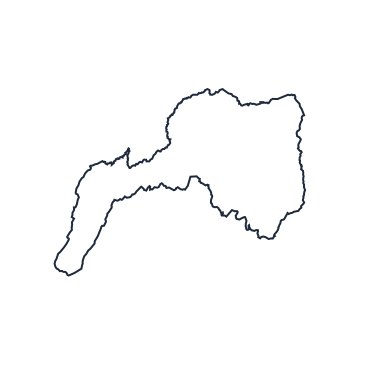 the district of Ban Tak, Tak, Thailand, rotated 211°
{"feature_id": "78962969B53904723449117", "entity_name": "Ban Tak", "entity_type": "district", "adm_level": 2, "iso_a3": "THA", "parent_name": "Thailand", "parent_adm1": "Tak", "projection": "equal_earth", "projection_center": [99.137, 17.16], "detail": "fine", "context": "isolated", "style": "outline", "palette": "slate", "viewbox_px": 384, "rotation_deg": 211, "n_neighbors": 0, "source": "geoboundaries", "source_scale": "gbopen_adm2", "svg_char_len": 6086}
<svg xmlns="http://www.w3.org/2000/svg" viewBox="0 0 384 384"><g transform="rotate(211 192 192)"><path d="M291.3,131.4L290.6,130.8L288.8,131.0L286.2,129.1L285.9,126.5L284.3,121.9L284.0,118.8L285.3,118.0L283.8,115.8L283.7,112.4L282.7,111.0L282.2,108.6L279.4,108.4L279.3,104.1L278.1,102.6L276.7,99.4L275.4,97.5L275.9,94.5L275.9,89.3L275.5,88.8L273.6,88.6L273.1,87.6L272.9,83.3L273.2,78.6L274.1,72.8L274.9,70.1L273.7,64.7L273.7,62.5L272.9,59.8L270.7,57.7L268.8,56.7L266.6,56.8L264.5,56.1L262.8,57.3L261.2,57.3L259.3,58.3L257.6,57.9L255.9,56.7L254.7,56.9L251.2,61.8L247.3,69.2L248.5,72.7L248.8,74.3L249.6,75.4L250.4,77.3L251.3,81.4L250.7,84.4L250.8,88.4L249.9,91.0L249.0,97.6L250.0,99.8L250.0,105.5L251.4,114.4L251.8,115.5L251.6,116.7L250.1,117.7L250.4,121.9L250.7,122.7L251.9,123.5L252.3,124.2L252.5,127.8L253.4,130.0L253.0,132.1L252.8,137.0L253.1,137.9L254.0,138.8L254.6,141.4L254.7,142.7L254.2,144.4L254.5,145.3L251.6,146.1L250.9,146.7L250.0,148.9L248.2,149.1L247.8,149.9L247.2,153.6L245.0,153.5L242.5,155.6L242.1,156.5L241.9,159.2L240.9,159.7L240.0,161.4L239.9,163.8L238.3,170.4L235.1,169.9L234.2,169.1L231.9,169.7L232.1,172.8L231.5,175.2L230.7,175.1L229.1,172.4L228.4,173.4L227.3,173.8L226.6,176.8L224.1,177.8L223.1,179.0L223.2,182.6L222.4,183.9L220.6,183.5L219.4,182.8L217.7,183.6L216.0,182.3L214.0,184.0L208.5,184.2L207.8,185.0L207.3,186.4L207.6,186.9L206.6,188.8L203.2,188.5L201.5,189.0L200.3,190.3L199.2,190.4L198.8,195.1L201.2,204.3L196.1,207.8L193.3,207.1L192.1,207.3L191.3,204.9L190.4,205.3L189.3,204.4L187.1,204.8L183.9,204.6L182.4,206.3L181.4,206.4L181.2,205.4L180.0,204.6L179.9,203.9L176.5,202.3L175.1,201.1L174.2,199.6L173.1,199.4L172.3,198.5L171.6,195.0L170.2,192.4L169.1,192.3L166.8,190.3L164.8,190.6L163.0,192.0L160.9,191.8L159.6,190.8L158.6,190.8L155.9,188.8L155.1,190.3L154.4,189.5L154.9,187.6L154.4,187.2L151.8,188.7L149.9,188.6L148.4,197.1L145.5,197.5L143.5,198.8L142.6,198.5L142.3,197.9L142.3,194.1L140.4,192.1L139.5,192.0L137.1,192.9L135.9,195.2L134.1,197.6L133.5,197.8L130.4,195.3L129.5,192.4L128.3,190.3L126.3,188.2L125.2,187.9L124.2,188.9L124.5,189.9L126.2,192.3L126.0,192.9L124.6,191.3L122.9,190.2L120.8,190.0L118.5,190.8L117.5,192.3L115.9,193.2L115.3,192.7L114.6,190.2L112.4,188.6L111.9,187.4L109.7,187.4L109.5,189.0L107.9,190.6L105.6,191.2L102.1,191.2L100.3,192.9L98.8,193.7L98.8,195.9L98.3,196.9L99.3,197.1L99.5,197.9L98.9,201.7L98.9,203.7L99.1,205.2L99.8,206.2L99.7,207.2L100.2,209.3L100.0,210.2L101.0,213.0L100.7,214.2L99.3,215.5L99.0,216.3L99.2,223.2L97.9,222.9L96.4,224.9L95.4,225.7L94.6,227.4L91.1,230.6L91.0,232.6L90.2,234.9L90.9,235.6L91.2,236.4L90.5,239.1L90.4,240.7L92.8,242.1L93.7,244.9L94.4,245.7L94.3,246.6L95.8,250.0L96.0,251.8L98.6,253.9L99.7,256.0L101.3,257.0L101.8,258.5L102.9,259.5L104.0,261.6L104.4,263.0L105.8,264.2L106.4,265.6L107.8,267.3L110.3,267.7L110.4,268.8L111.0,269.6L111.0,270.3L111.8,270.6L111.7,271.1L112.2,271.5L112.9,271.4L114.8,272.7L115.6,274.6L116.2,274.7L117.5,277.1L117.5,278.9L118.7,280.1L118.5,282.6L119.4,283.2L120.7,282.8L123.7,283.9L123.6,285.3L124.8,286.5L125.3,287.7L125.6,292.2L126.0,293.3L128.2,294.2L130.6,294.0L132.7,296.4L133.0,298.6L132.2,299.8L132.0,301.7L133.7,303.9L134.5,306.7L134.8,310.6L136.1,311.8L136.5,313.3L136.4,314.3L135.4,315.5L140.6,319.5L143.6,321.0L145.3,323.0L149.9,324.3L152.0,325.3L152.4,326.8L153.9,327.9L154.5,327.8L155.5,326.8L156.8,326.8L157.9,325.4L159.8,324.8L166.6,315.7L170.8,313.4L171.8,311.6L172.0,308.0L172.5,307.2L173.5,307.4L175.1,306.1L176.9,305.8L176.9,305.1L177.3,304.8L178.1,304.6L178.5,305.0L179.0,304.4L179.5,304.4L179.7,304.2L178.8,303.5L179.0,302.8L181.8,299.9L183.5,299.7L184.8,299.3L185.6,298.5L187.7,298.1L188.3,297.1L188.2,295.4L188.9,295.3L189.4,296.2L189.8,296.2L192.1,293.8L193.4,291.9L194.4,291.6L196.2,292.5L197.1,291.9L198.2,293.8L198.7,294.1L200.1,293.7L201.8,295.9L204.1,295.9L206.4,295.3L208.5,296.3L211.5,295.3L218.9,295.9L220.8,293.6L220.7,292.7L221.1,290.6L223.1,290.1L223.0,289.0L223.5,287.4L224.9,285.6L226.5,284.9L227.1,285.6L228.0,285.7L228.9,287.7L229.7,288.4L231.9,288.1L233.4,285.7L233.0,284.8L233.8,282.9L234.9,282.3L234.9,281.9L236.7,280.2L237.1,280.3L237.5,278.1L241.2,275.9L242.2,274.0L241.9,273.2L242.3,271.9L243.7,271.5L244.3,270.0L244.6,270.3L245.0,270.0L245.5,268.8L246.3,268.4L247.0,267.0L247.4,267.0L247.2,263.8L247.6,263.5L247.5,262.9L247.9,262.8L248.1,261.5L248.9,261.1L249.0,260.2L248.9,257.8L248.2,256.1L249.3,255.0L249.3,253.4L248.8,252.9L248.5,251.3L248.1,250.9L248.6,249.8L248.4,248.1L249.3,247.9L249.2,247.2L249.8,246.3L249.5,246.0L249.8,244.1L250.7,242.6L249.4,241.5L248.9,239.2L247.5,238.3L247.6,237.0L248.0,236.6L247.3,235.5L247.6,234.5L246.6,232.9L245.8,232.4L245.8,231.7L245.0,230.6L243.9,230.7L243.3,230.2L242.4,227.8L241.9,227.0L241.2,226.9L241.0,225.9L239.2,225.5L237.7,226.0L237.7,224.3L236.4,223.5L235.9,222.7L236.0,220.6L236.8,219.6L236.4,217.2L237.6,216.5L237.8,214.6L239.0,214.0L239.8,212.5L239.7,210.6L240.4,210.2L242.3,210.2L242.7,209.8L243.2,207.4L243.0,206.1L243.8,203.7L243.2,200.1L244.3,198.4L244.4,196.3L246.7,194.8L248.0,196.0L249.8,195.0L250.2,194.1L250.0,191.6L252.1,191.1L252.6,190.1L252.9,187.8L254.3,187.4L254.2,185.3L255.4,185.1L256.7,183.6L257.3,180.8L257.9,180.4L261.5,182.4L261.9,183.7L263.0,184.3L263.2,186.2L264.1,187.3L264.0,187.6L264.6,187.9L264.8,188.6L266.2,189.9L266.3,192.3L266.9,193.9L266.6,194.7L267.7,195.8L268.2,195.7L268.3,196.6L268.8,196.7L268.9,196.2L268.5,194.1L268.9,193.1L268.8,192.1L269.3,191.3L268.4,190.8L268.3,190.3L269.3,189.1L269.1,187.7L270.0,187.0L269.2,185.8L271.2,185.2L271.8,184.3L271.4,183.2L272.0,183.0L272.2,182.3L273.3,182.3L273.4,181.3L274.1,180.9L273.8,179.2L274.3,178.8L274.6,177.8L273.9,176.6L274.8,173.9L275.8,175.5L276.3,175.3L276.5,175.7L277.2,175.1L277.0,174.8L277.7,174.3L278.1,173.4L278.9,173.0L279.0,172.2L279.5,172.5L280.0,171.9L281.0,171.9L281.9,173.1L283.0,172.7L283.4,172.1L284.7,172.3L287.7,167.3L289.5,165.6L291.0,163.3L292.6,162.1L292.5,161.3L291.0,160.6L290.7,159.1L291.0,158.2L292.3,157.0L292.9,154.7L293.2,152.2L292.7,148.8L293.5,147.4L293.8,143.2L292.8,139.1L292.8,135.4L291.3,131.4Z" fill="none" stroke="#1e293b" stroke-width="2"/></g></svg>